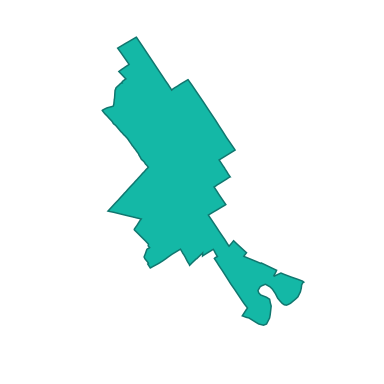 Marsani, Dolj, Romania, rotated 219°
{"feature_id": "2599482B14881654766127", "entity_name": "Marsani", "entity_type": "district", "adm_level": 2, "iso_a3": "ROU", "parent_name": "Romania", "parent_adm1": "Dolj", "projection": "natural_earth1", "projection_center": [23.99, 44.03], "detail": "fine", "context": "isolated", "style": "filled", "palette": "teal", "viewbox_px": 384, "rotation_deg": 219, "n_neighbors": 0, "source": "geoboundaries", "source_scale": "gbopen_adm2", "svg_char_len": 5949}
<svg xmlns="http://www.w3.org/2000/svg" viewBox="0 0 384 384"><g transform="rotate(219 192 192)"><path d="M332.7,277.3L332.8,277.1L336.2,268.1L337.0,266.1L339.4,259.6L340.3,257.0L335.8,255.8L321.2,251.6L321.2,251.4L322.1,248.6L322.7,246.7L323.1,245.2L323.8,243.1L324.7,239.6L314.7,238.3L314.8,238.1L314.8,237.7L315.2,236.0L315.6,234.4L315.6,234.1L315.6,233.9L315.5,233.7L315.5,232.9L315.0,232.8L315.2,232.5L315.4,232.1L315.5,231.9L315.7,231.7L315.8,231.5L315.8,231.3L315.9,230.5L316.0,229.8L316.1,228.6L316.4,227.2L316.5,226.1L316.6,225.3L316.6,225.1L316.5,224.8L316.4,224.4L315.9,223.6L315.9,223.4L315.9,223.1L315.9,222.8L315.7,222.5L315.5,222.2L312.6,218.1L311.0,215.8L310.8,215.2L310.4,214.7L309.5,213.3L308.8,212.2L308.3,211.5L307.9,210.7L307.5,209.8L307.3,209.4L307.3,209.1L307.5,208.8L308.3,207.6L309.5,206.0L310.8,204.2L311.2,203.5L312.1,201.6L312.6,200.4L313.1,199.2L313.1,198.9L312.4,198.7L311.9,198.6L310.5,198.3L310.2,198.2L309.6,198.1L309.4,198.0L309.1,198.0L308.0,197.8L307.5,197.8L305.5,197.6L302.6,197.1L300.1,196.8L299.4,196.7L298.8,196.6L298.4,196.5L297.4,196.2L296.6,195.8L296.0,195.7L295.6,195.6L294.9,195.7L294.2,195.7L293.1,195.7L291.5,195.4L287.5,194.6L284.9,194.1L284.1,194.1L283.3,194.0L281.4,193.6L280.3,193.5L279.4,193.5L276.8,193.1L275.9,193.0L275.5,192.9L275.0,192.7L274.5,192.7L274.0,192.4L270.8,191.5L269.7,191.2L268.9,190.9L268.2,190.7L267.7,190.5L267.3,190.4L266.9,190.4L266.3,190.3L265.9,190.2L265.1,189.9L264.2,189.7L263.0,189.5L262.3,189.3L261.9,189.2L261.4,189.0L261.0,188.9L260.3,188.7L259.5,188.5L258.2,188.2L257.8,188.1L257.4,187.9L256.9,187.6L256.4,187.3L255.9,187.1L255.6,187.0L255.2,186.9L254.7,186.7L253.0,186.0L252.3,185.7L252.1,185.6L251.7,185.5L251.4,185.5L250.1,185.5L249.5,185.4L249.1,185.4L248.8,185.4L248.4,185.3L247.6,185.2L246.9,184.9L246.2,184.6L245.3,184.4L244.6,184.4L244.0,184.3L243.0,184.1L242.1,183.8L241.6,183.8L241.6,183.5L241.5,183.1L241.6,182.7L241.6,182.1L241.7,181.5L241.8,181.0L241.9,177.8L241.9,177.2L242.1,176.2L242.2,174.7L242.2,173.5L242.3,171.5L242.5,168.6L242.5,167.9L242.5,167.4L242.5,167.2L242.6,166.7L242.7,165.7L242.7,165.0L242.8,164.6L242.8,164.0L242.8,162.8L243.4,155.5L243.3,155.1L243.4,154.5L243.5,153.6L243.5,152.9L243.5,152.2L243.5,151.5L243.5,151.0L243.6,150.5L243.6,149.9L243.8,148.5L243.8,147.0L243.9,146.1L243.8,145.9L243.8,145.7L243.9,145.0L244.0,144.8L244.0,144.6L244.0,144.1L244.1,142.7L244.2,139.9L244.2,139.2L244.3,138.6L244.4,137.4L244.5,136.3L244.6,135.3L245.3,124.3L244.2,124.8L240.2,126.9L232.3,130.6L229.1,132.1L224.5,134.3L222.5,135.3L221.3,135.8L220.4,136.3L219.2,136.8L217.4,137.7L216.7,138.1L216.2,138.2L215.4,138.6L214.5,139.1L214.4,137.8L214.4,137.2L214.3,135.6L214.1,134.6L214.1,134.1L214.1,133.8L214.0,133.4L213.7,131.1L213.7,130.2L213.5,127.3L213.4,126.7L213.0,126.3L212.4,126.2L209.1,125.9L204.5,125.4L199.5,124.9L198.6,124.8L197.3,124.7L196.2,124.5L195.4,124.4L193.8,124.2L193.4,124.2L193.1,124.1L192.9,123.9L192.7,123.5L192.5,123.0L192.2,122.6L191.6,122.4L190.9,122.3L189.9,122.1L190.0,121.6L190.5,120.5L190.8,119.9L190.9,119.4L190.9,119.0L190.8,118.5L190.0,116.3L189.3,114.4L188.5,111.7L188.4,111.5L188.1,111.2L186.3,110.4L185.8,110.3L184.7,110.1L181.4,109.4L181.2,109.3L180.9,109.1L180.9,108.9L181.0,108.6L181.1,108.2L180.6,108.0L178.1,107.2L176.6,106.7L176.2,107.6L175.6,109.2L174.0,113.0L173.0,115.4L172.4,117.0L172.0,118.3L171.6,119.4L171.0,121.4L170.3,123.8L169.6,126.6L169.1,128.4L168.3,131.2L165.0,140.3L163.9,139.9L162.5,139.4L161.7,139.1L161.0,138.7L160.6,138.6L159.9,138.4L158.6,138.0L156.7,137.3L153.6,135.9L151.5,135.0L149.4,134.3L148.8,134.1L148.4,134.0L147.9,133.6L147.7,133.5L147.6,134.8L147.5,135.5L147.4,136.8L147.1,139.0L147.0,139.9L146.9,140.3L146.8,140.6L146.9,141.0L146.8,141.3L146.8,142.0L146.6,142.6L146.4,142.8L146.3,143.3L146.1,145.3L145.8,147.7L145.7,149.0L145.5,149.7L145.3,150.5L145.3,151.2L143.5,148.9L143.3,149.8L140.9,156.6L139.4,160.8L138.3,160.5L134.9,159.0L131.6,157.8L132.1,156.8L132.4,156.2L132.6,155.6L132.7,155.2L132.8,154.4L130.6,153.7L128.3,153.0L125.8,152.1L122.0,150.9L119.6,150.2L112.1,147.7L107.4,146.1L104.2,145.0L101.1,144.1L97.6,143.1L94.4,142.1L91.2,141.1L83.5,138.7L80.3,137.8L75.9,136.8L75.8,136.0L75.8,134.8L75.5,132.1L75.0,127.4L70.8,128.8L68.6,129.9L65.5,130.3L60.6,130.9L57.1,131.4L52.6,133.5L51.0,136.3L52.4,142.9L54.1,146.0L58.7,153.2L61.2,155.0L64.2,157.5L67.9,157.1L72.0,155.8L73.9,155.2L76.6,155.6L78.7,156.9L79.4,161.0L78.9,162.8L76.9,166.5L71.7,167.4L68.4,167.1L63.2,165.5L58.6,163.4L55.1,162.7L51.8,162.2L49.3,162.4L47.4,163.5L46.4,165.2L45.4,167.5L44.1,174.1L43.7,177.1L44.4,180.2L44.9,182.5L46.6,186.1L48.3,188.8L48.8,191.2L48.4,192.3L50.0,192.3L54.9,190.7L61.2,188.4L68.2,186.1L71.9,185.0L73.1,182.6L74.1,180.5L75.1,178.4L75.7,178.4L75.9,179.6L76.4,182.2L77.0,184.4L82.4,183.1L87.9,181.8L90.5,181.2L93.6,180.4L93.6,179.8L97.5,178.7L111.2,174.6L111.4,176.8L111.4,177.9L111.4,179.1L119.4,179.6L124.2,179.9L127.9,180.2L129.0,180.3L129.0,179.4L129.0,178.6L129.0,177.1L129.1,174.3L129.1,173.2L131.8,174.0L137.0,175.8L139.8,176.6L146.5,178.6L150.4,179.9L156.2,181.7L159.4,182.7L163.4,183.9L164.8,184.4L164.1,186.3L162.7,190.2L161.3,193.8L160.3,196.6L159.0,200.1L158.1,202.5L157.8,203.5L160.2,204.2L169.5,207.0L172.7,208.1L176.1,209.2L178.0,209.8L177.3,211.7L176.8,213.8L176.0,215.8L174.9,219.0L174.3,220.8L173.3,223.6L172.6,226.0L172.0,227.7L171.9,227.8L173.3,228.2L175.1,228.7L175.9,229.0L177.1,229.5L180.9,230.7L182.0,231.2L184.9,232.0L187.6,232.9L191.1,234.0L184.9,251.7L185.4,251.9L193.1,254.2L199.3,256.0L202.8,257.2L206.3,258.4L212.6,260.4L218.4,262.4L231.0,266.3L235.7,267.8L239.1,268.9L251.4,272.6L259.6,275.1L264.0,276.3L265.0,276.6L265.6,276.8L265.8,276.8L268.6,269.3L269.3,267.2L269.9,265.1L271.0,262.3L271.7,260.0L271.9,258.4L272.8,258.7L273.8,259.1L275.6,259.6L278.5,260.6L282.8,261.8L285.9,262.8L291.7,264.6L299.7,267.1L303.8,268.4L311.6,270.8L320.5,273.6L325.7,275.2L330.0,276.5L331.5,277.0L332.7,277.3Z" fill="#14b8a6" stroke="#0f766e" stroke-width="1.5"/></g></svg>